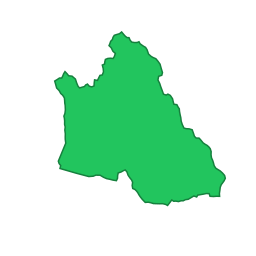 outline of Coração de Maria, Bahia, Brazil, rotated 162°
{"feature_id": "56859067B97509655153591", "entity_name": "Coração de Maria", "entity_type": "district", "adm_level": 2, "iso_a3": "BRA", "parent_name": "Brazil", "parent_adm1": "Bahia", "projection": "natural_earth1", "projection_center": [-38.789, -12.217], "detail": "fine", "context": "isolated", "style": "filled", "palette": "green", "viewbox_px": 256, "rotation_deg": 162, "n_neighbors": 0, "source": "geoboundaries", "source_scale": "gbopen_adm2", "svg_char_len": 2497}
<svg xmlns="http://www.w3.org/2000/svg" viewBox="0 0 256 256"><g transform="rotate(162 128 128)"><path d="M183.2,195.3L183.3,192.2L183.5,188.1L181.9,184.8L181.3,181.6L180.0,179.4L179.2,176.3L179.8,173.6L180.4,171.4L180.8,168.8L182.0,164.5L183.5,161.3L185.3,159.1L185.5,156.9L186.1,154.2L187.2,151.0L187.4,148.4L188.7,145.6L189.4,141.9L190.5,138.8L191.2,136.5L191.9,132.8L204.5,118.0L204.5,115.4L203.6,113.1L205.2,110.5L191.2,101.0L180.2,93.9L178.0,93.4L176.0,92.9L173.1,93.1L169.1,91.7L166.5,88.7L163.9,86.4L161.2,84.9L158.4,83.1L155.3,81.5L153.5,83.4L152.6,85.9L151.2,88.3L148.2,88.3L145.8,88.8L143.6,89.0L142.6,86.6L142.5,83.0L141.5,79.7L140.6,77.4L140.4,74.9L141.8,72.0L142.2,69.0L140.4,67.4L139.4,65.5L138.7,63.5L138.3,61.3L137.6,58.8L136.5,55.8L134.6,51.9L131.7,51.2L129.3,49.8L127.2,48.3L124.5,47.3L121.4,46.2L118.4,45.3L115.8,43.7L114.3,42.1L108.6,46.0L107.2,44.2L105.1,43.7L102.7,42.4L100.0,42.4L98.0,41.7L95.6,42.1L92.7,41.6L86.4,43.0L84.0,41.2L82.4,42.6L79.5,42.2L76.6,41.8L73.8,41.5L71.1,40.5L71.1,37.7L67.8,36.4L64.8,35.7L62.0,34.7L61.3,37.5L59.9,40.3L58.6,43.1L56.8,45.3L54.8,46.7L52.9,48.1L51.0,50.1L50.8,53.0L52.0,55.9L53.6,58.7L55.4,60.8L56.9,62.6L57.7,65.5L57.5,68.7L57.5,71.1L57.8,73.8L57.3,76.9L56.2,79.9L56.2,82.9L56.9,84.9L58.1,87.0L59.7,88.7L61.2,90.7L62.4,93.9L63.5,96.4L66.3,97.4L67.4,99.6L67.4,102.6L67.5,106.5L70.1,108.3L72.7,109.3L74.8,110.6L75.3,114.6L75.3,118.1L74.6,121.5L74.3,124.8L73.9,127.8L73.3,130.4L73.9,132.5L74.3,135.1L77.0,136.4L76.9,138.8L76.6,142.1L77.7,145.9L79.6,147.9L81.5,147.5L83.8,149.2L83.9,152.9L84.1,157.0L84.1,160.7L84.7,164.4L82.9,167.7L79.6,167.7L78.1,170.0L78.0,174.5L77.8,178.8L78.9,182.3L80.1,185.3L82.4,187.3L83.9,189.0L85.6,191.9L85.7,196.6L86.4,199.3L87.9,200.9L89.2,202.6L90.5,204.4L90.9,206.6L92.9,206.5L95.5,207.3L98.0,208.6L98.9,211.1L99.1,213.6L101.0,214.3L102.2,216.1L103.1,218.1L104.4,221.3L107.0,220.3L109.7,220.4L112.4,220.4L114.2,218.9L115.5,217.0L117.7,215.8L119.2,213.8L120.6,212.2L119.2,209.6L118.6,205.6L117.0,202.8L119.0,200.1L120.7,198.7L123.1,199.8L125.7,200.4L128.3,200.2L129.6,198.1L130.5,196.1L133.0,195.8L133.2,192.3L134.0,188.9L136.1,186.4L138.4,186.7L140.4,184.7L142.3,182.7L144.9,184.1L146.3,181.1L147.3,178.5L149.8,178.3L151.9,179.7L153.0,182.3L155.0,182.0L156.6,180.9L159.0,181.0L161.7,181.1L162.6,183.1L162.9,186.7L162.9,190.8L165.2,194.6L168.3,196.0L169.1,198.2L170.5,201.1L172.5,199.4L173.9,197.7L175.6,196.0L177.8,196.7L180.6,195.9L183.2,195.3Z" fill="#22c55e" stroke="#15803d" stroke-width="1.5"/></g></svg>